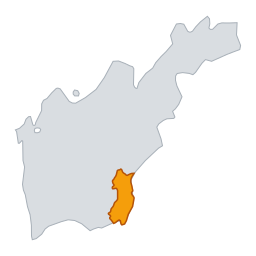 location of Armavir within Armenia, rotated 270°
{"feature_id": "ARM-1554", "entity_name": "Armavir", "entity_type": "Province", "adm_level": 1, "iso_a3": "ARM", "parent_name": "Armenia", "parent_adm1": "", "projection": "equal_earth", "projection_center": [44.079, 40.147], "detail": "fine", "context": "in_parent", "style": "filled", "palette": "amber", "viewbox_px": 256, "rotation_deg": 270, "n_neighbors": 0, "source": "natural_earth", "source_scale": "10m", "svg_char_len": 2999}
<svg xmlns="http://www.w3.org/2000/svg" viewBox="0 0 256 256"><g transform="rotate(270 128 128)"><path d="M110.2,162.5L107.8,158.5L95.4,145.3L84.0,135.3L76.2,131.1L68.3,131.5L56.1,133.6L51.6,132.7L41.0,128.3L32.1,123.1L33.3,120.9L35.2,119.4L32.9,112.6L28.0,101.7L28.6,98.3L27.0,93.6L25.3,90.1L32.3,81.6L35.5,74.7L36.2,68.1L34.3,61.2L29.8,48.7L27.0,45.1L21.8,41.7L17.4,36.2L16.3,32.3L20.0,31.5L30.8,31.4L41.2,30.1L49.4,27.5L61.2,25.3L66.0,23.4L71.7,22.5L89.0,24.6L95.5,23.0L114.9,22.7L115.4,21.9L112.7,19.3L112.8,18.3L124.3,16.6L126.1,15.4L127.7,19.5L132.0,24.2L136.8,26.0L139.3,28.6L139.5,30.5L131.1,32.9L130.5,34.0L131.1,35.2L133.6,35.8L145.4,41.6L152.1,41.7L155.7,43.5L157.5,47.0L163.1,51.7L167.6,56.3L167.9,57.9L167.1,60.2L154.6,69.2L153.0,72.3L152.8,75.6L158.4,85.4L166.6,96.1L178.4,104.3L194.7,113.1L195.0,118.6L192.5,125.1L190.3,129.6L189.3,132.6L187.3,133.8L171.2,133.5L168.8,134.6L167.7,135.9L167.6,137.0L173.5,138.9L182.6,145.9L187.9,152.7L193.3,155.7L199.5,161.1L204.4,166.1L212.1,172.7L220.6,170.5L232.0,176.4L232.5,180.3L231.8,183.8L224.7,187.7L223.9,189.3L223.9,190.6L224.8,192.5L229.1,195.7L234.1,200.4L239.7,207.4L237.2,209.5L232.1,209.8L228.0,208.9L226.6,210.3L226.7,212.6L232.0,217.9L233.1,221.8L233.0,228.6L233.3,237.1L221.0,236.5L210.5,240.6L206.5,239.8L203.8,232.6L201.5,226.7L194.7,211.6L196.4,205.5L192.7,201.9L183.6,195.5L181.3,192.9L182.6,189.2L183.4,182.6L182.5,177.2L180.1,175.6L175.6,175.5L170.1,176.9L159.2,182.0L151.6,178.7L147.2,175.4L144.7,172.6L139.0,174.9L137.6,173.8L137.2,166.9L135.5,163.2L132.1,158.8L128.9,156.8L117.2,161.0L110.2,162.5ZM127.8,39.7L128.1,37.2L127.6,35.0L125.7,34.3L123.4,34.9L123.2,37.3L124.0,39.7L126.3,40.7L127.8,39.7ZM165.3,77.7L162.6,79.2L160.1,78.5L160.1,74.7L161.9,73.2L164.0,73.2L166.0,74.6L165.3,77.7Z" fill="#d9dde1" stroke="#a8b0b8" stroke-width="1"/><path d="M32.0,124.6L31.1,121.9L32.1,121.0L35.3,120.3L36.0,119.1L35.5,118.1L33.3,115.3L32.6,113.7L33.9,112.7L35.7,111.4L37.3,109.9L37.9,109.7L38.5,109.8L39.0,110.2L39.7,110.6L40.2,110.5L40.7,110.1L41.1,109.5L41.8,108.6L42.3,108.4L42.7,108.4L43.0,108.7L43.9,110.1L44.2,110.4L44.9,110.7L46.7,111.0L47.2,111.2L47.5,111.4L49.3,112.9L50.3,113.5L53.0,114.4L53.7,114.9L54.8,116.1L55.9,117.0L56.4,117.4L57.0,117.6L65.4,117.6L66.9,117.0L67.7,116.2L67.6,115.3L67.3,113.9L67.2,113.3L67.2,112.7L67.6,112.4L68.1,112.3L68.5,112.3L68.9,112.4L69.3,112.6L69.5,112.9L70.1,113.6L70.6,114.0L71.1,114.0L71.5,113.8L72.1,113.3L72.9,112.9L74.4,112.5L75.1,112.5L75.7,112.7L76.0,113.1L76.5,113.6L77.6,114.3L78.0,114.4L78.3,114.6L79.6,115.6L81.2,116.3L85.3,117.3L86.0,118.2L86.1,119.4L86.2,119.8L86.9,120.6L86.7,121.4L86.1,121.8L84.2,122.5L83.5,123.0L83.0,123.5L81.9,125.3L81.0,126.1L80.7,126.7L80.6,127.1L81.8,129.6L82.5,131.4L82.6,132.3L82.7,133.9L82.7,134.0L78.8,131.6L76.2,130.8L73.8,130.8L69.5,132.0L67.5,132.3L66.0,132.7L65.3,132.8L64.7,132.6L63.8,131.7L63.1,131.5L61.6,131.9L59.1,133.7L58.0,134.1L49.5,132.6L41.7,128.3L35.3,126.4L32.0,124.6Z" fill="#f59e0b" stroke="#b45309" stroke-width="1.5"/></g></svg>